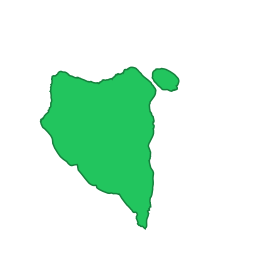 the district of Tutuala, Lautém, East Timor, rotated 320°
{"feature_id": "22284137B2107732035789", "entity_name": "Tutuala", "entity_type": "district", "adm_level": 2, "iso_a3": "TLS", "parent_name": "East Timor", "parent_adm1": "Lautém", "projection": "equal_earth", "projection_center": [127.23, -8.446], "detail": "fine", "context": "isolated", "style": "filled", "palette": "green", "viewbox_px": 256, "rotation_deg": 320, "n_neighbors": 0, "source": "geoboundaries", "source_scale": "gbopen_adm2", "svg_char_len": 5574}
<svg xmlns="http://www.w3.org/2000/svg" viewBox="0 0 256 256"><g transform="rotate(320 128 128)"><path d="M62.6,88.5L60.5,91.5L59.0,96.2L58.1,102.5L57.8,106.5L58.4,110.4L59.5,114.4L59.4,116.8L59.7,118.8L60.0,119.6L60.4,120.2L60.9,120.7L63.4,121.9L65.5,123.3L65.3,124.0L64.8,125.1L64.4,125.6L62.9,128.3L62.9,133.9L62.7,138.8L62.7,142.5L62.7,145.0L62.9,146.0L63.6,148.1L64.4,149.5L65.3,150.4L66.4,151.1L66.7,151.5L66.7,151.9L65.9,153.3L65.8,154.2L66.1,155.3L66.5,156.7L68.2,160.5L70.6,164.8L71.5,165.8L72.3,166.5L73.3,166.8L74.6,168.9L75.7,169.7L77.1,171.0L77.8,172.0L78.1,172.7L78.3,172.9L78.7,172.9L78.8,173.4L78.1,177.7L77.8,182.9L77.7,186.6L77.9,187.5L78.1,191.0L78.0,191.6L78.2,193.1L78.1,194.0L77.9,194.9L77.9,195.3L78.1,196.2L78.4,196.4L78.7,196.8L79.0,196.8L79.8,197.5L80.1,198.5L80.1,198.8L79.4,200.6L77.5,201.3L77.1,201.7L76.7,202.4L76.3,202.6L76.0,204.0L74.9,206.9L74.5,207.2L73.8,207.4L73.7,207.7L73.8,208.4L73.8,209.5L73.9,209.8L74.5,210.1L74.6,211.6L75.1,212.1L75.9,212.6L76.0,212.9L76.1,214.4L76.4,216.2L77.0,215.8L78.1,215.7L78.7,215.5L79.7,214.6L81.9,211.8L83.0,210.6L84.0,209.8L86.9,208.2L88.2,207.2L88.6,206.7L88.9,206.7L89.2,204.9L89.7,204.2L90.1,204.5L91.1,204.4L91.3,204.6L91.6,204.7L92.0,204.0L91.8,203.7L92.0,203.4L92.1,203.5L92.3,203.4L93.4,203.0L94.2,202.5L94.8,202.9L95.2,202.1L95.8,201.6L96.0,201.0L96.7,199.8L97.2,199.3L97.2,199.0L97.6,198.3L98.9,196.9L100.4,195.7L101.3,195.6L101.9,195.3L103.5,194.3L105.9,192.2L107.5,190.8L108.6,189.4L111.0,187.4L112.4,185.8L114.7,182.6L116.4,180.9L117.9,179.6L118.7,178.6L119.4,176.9L119.7,173.9L119.9,172.9L121.8,169.0L122.5,167.8L123.0,167.2L123.2,166.8L123.1,166.6L124.0,166.3L125.0,165.5L125.4,165.5L126.3,164.5L127.1,164.1L127.3,163.6L129.5,161.3L129.9,160.6L129.9,160.0L130.3,159.5L131.8,155.1L132.2,154.6L134.2,153.2L134.7,153.1L141.0,150.4L142.7,149.5L144.1,148.5L146.0,146.3L146.5,145.4L146.8,144.7L147.5,144.7L148.0,144.2L148.4,144.1L148.5,144.0L149.1,143.4L149.6,142.7L149.6,142.2L149.4,142.0L149.4,141.6L150.0,140.6L150.5,140.1L150.9,140.2L151.2,139.7L151.7,139.8L151.8,139.4L152.1,139.5L152.4,139.4L154.6,135.3L154.4,134.7L154.5,133.5L154.8,132.8L155.1,132.6L155.0,132.2L155.5,131.5L155.4,131.1L155.6,130.0L155.6,129.9L155.4,129.9L155.4,129.7L156.5,128.0L156.6,127.6L158.8,124.5L159.8,123.5L160.5,123.4L160.9,123.1L161.5,122.3L161.8,122.2L168.2,120.6L170.0,119.9L171.4,119.0L172.9,117.3L173.2,117.4L173.7,116.6L174.0,115.7L174.2,114.3L174.0,114.1L174.0,113.8L174.4,112.8L174.4,110.9L174.2,110.2L174.2,109.8L174.6,109.0L174.7,108.0L174.2,104.4L173.0,98.6L172.8,96.2L173.0,94.6L172.7,92.3L172.7,90.0L172.5,88.7L172.5,87.8L172.1,86.7L170.7,84.7L170.4,84.6L170.1,84.1L169.1,83.3L167.7,82.8L167.2,82.8L167.0,83.0L166.7,82.7L166.3,82.8L166.1,82.6L165.8,82.9L165.4,82.9L163.7,81.8L163.5,81.4L162.9,81.2L162.1,81.4L161.5,81.7L161.3,82.0L160.5,82.4L160.6,82.2L159.9,82.4L158.5,82.4L157.8,82.0L156.9,82.1L156.4,81.8L156.2,81.3L155.7,81.2L155.5,80.8L155.5,80.4L154.9,80.4L154.7,79.8L154.3,79.8L153.7,80.2L153.2,79.9L153.1,79.4L152.2,79.5L151.8,79.7L151.7,79.9L150.8,80.1L150.0,80.1L149.7,79.8L149.2,79.8L148.8,80.1L148.0,80.0L147.2,80.4L147.2,79.8L146.9,79.4L146.0,79.1L145.1,78.6L144.7,78.7L144.3,78.4L143.9,78.4L142.4,77.3L141.3,76.9L140.3,75.5L139.8,75.5L139.7,75.2L139.2,74.9L138.1,75.4L137.0,75.2L136.1,74.8L135.7,75.1L135.2,75.1L134.9,74.9L134.8,75.1L134.5,74.9L134.2,75.1L133.8,74.7L133.8,74.3L133.9,74.1L133.7,73.8L132.2,72.8L130.8,71.2L129.8,69.4L129.8,69.1L129.6,68.7L129.3,68.4L128.8,68.3L127.9,67.7L127.8,67.3L127.6,67.3L126.8,66.3L125.2,62.9L123.7,60.3L123.2,59.0L122.9,58.9L122.3,57.4L122.2,57.5L121.7,57.3L121.5,56.8L121.4,56.9L121.1,56.8L119.8,55.4L119.0,53.8L118.7,52.9L118.4,52.6L118.2,52.1L117.3,51.0L116.7,49.4L116.7,49.0L116.9,48.9L116.6,47.1L116.0,45.3L115.3,44.4L114.0,43.2L113.1,41.6L112.8,41.4L112.7,41.4L112.0,41.0L110.8,40.8L109.7,41.0L108.9,41.4L108.2,41.5L107.6,41.3L106.2,41.5L105.6,41.2L104.7,40.3L104.2,40.0L103.7,40.1L103.3,39.8L102.8,40.0L102.5,40.2L102.3,40.8L102.1,40.8L102.0,41.0L101.2,41.3L101.0,41.7L100.8,41.8L100.6,42.1L100.6,42.6L100.4,42.9L99.9,43.3L99.8,43.5L99.4,43.8L98.7,44.7L98.1,45.1L97.3,45.3L96.9,45.2L96.8,45.8L96.4,46.4L95.7,46.7L95.4,46.9L94.9,47.1L94.9,47.3L94.3,48.2L92.4,49.9L92.0,49.9L92.1,50.3L92.0,50.7L90.1,53.7L88.7,55.2L87.6,57.4L86.9,58.2L86.2,58.8L85.0,59.2L85.0,59.4L84.4,59.9L82.8,61.8L81.8,62.2L80.8,62.1L80.3,62.7L79.6,63.2L78.8,63.4L78.3,63.3L78.2,63.7L78.0,64.0L77.3,64.6L76.9,64.7L73.8,64.7L71.6,65.1L69.8,65.9L69.5,65.8L69.5,66.0L69.1,66.3L68.4,66.1L68.3,65.9L68.0,66.1L67.5,65.8L67.4,65.6L66.9,65.5L66.7,65.6L66.8,65.8L66.6,65.9L66.7,66.0L66.5,66.4L66.2,66.4L65.9,66.8L65.3,66.7L64.0,69.4L64.0,69.8L63.5,71.2L63.2,72.6L63.2,73.1L63.7,75.1L64.0,79.2L64.0,83.9L63.5,86.4L63.1,87.6L62.6,88.5ZM186.2,101.3L185.2,100.9L183.0,101.3L181.7,102.3L179.9,104.4L179.1,104.9L178.8,105.3L178.7,107.0L178.1,109.0L178.1,109.4L178.3,111.5L178.4,115.0L179.0,118.1L179.0,119.9L179.4,121.0L181.2,122.6L182.6,123.6L183.2,124.4L183.9,126.2L184.9,127.7L185.7,128.0L186.0,128.1L186.5,127.9L186.9,127.9L187.1,128.0L187.3,128.6L187.7,128.7L187.9,128.6L188.1,128.7L188.2,129.1L188.4,129.2L188.8,129.1L188.9,128.9L189.0,129.0L189.5,129.5L190.0,129.7L190.8,129.7L190.9,129.4L191.1,129.4L191.6,128.8L192.1,126.8L193.4,127.0L193.7,126.8L194.0,126.8L194.9,126.3L196.6,125.2L197.3,124.4L197.7,123.7L198.1,122.6L198.2,121.8L198.0,117.2L197.5,115.1L196.4,111.5L194.8,107.7L193.5,105.8L192.6,104.9L192.2,104.2L191.5,103.8L191.1,103.8L189.7,102.9L188.6,101.8L187.3,100.9L187.0,101.0L186.7,101.3L186.2,101.3Z" fill="#22c55e" stroke="#15803d" stroke-width="1.5"/></g></svg>